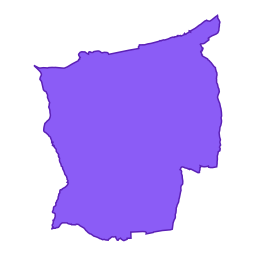 Livezi, Vâlcea, Romania
{"feature_id": "2599482B52258846175967", "entity_name": "Livezi", "entity_type": "district", "adm_level": 2, "iso_a3": "ROU", "parent_name": "Romania", "parent_adm1": "Vâlcea", "projection": "albers", "projection_center": [23.831, 44.84], "detail": "fine", "context": "isolated", "style": "filled", "palette": "violet", "viewbox_px": 256, "rotation_deg": 0, "n_neighbors": 0, "source": "geoboundaries", "source_scale": "gbopen_adm2", "svg_char_len": 5664}
<svg xmlns="http://www.w3.org/2000/svg" viewBox="0 0 256 256"><path d="M216.7,166.8L217.1,163.7L217.1,161.8L217.4,159.3L217.3,155.9L217.8,154.4L218.3,151.7L219.9,150.7L219.7,150.1L220.0,149.8L220.2,148.8L220.0,148.1L219.6,147.5L219.5,147.1L219.9,146.1L220.6,145.1L219.8,142.1L220.0,141.2L220.3,140.5L220.4,139.6L219.6,137.0L219.1,132.7L219.7,130.4L220.0,127.2L220.8,125.4L221.5,122.0L221.5,120.3L221.1,118.2L221.1,117.5L221.6,116.0L221.4,112.1L220.9,108.6L220.4,106.9L219.7,103.4L218.8,101.3L217.6,97.8L217.6,96.7L217.9,95.5L219.3,91.8L218.9,89.0L218.1,87.3L217.5,84.2L216.8,83.0L216.6,82.5L216.6,79.2L216.4,78.3L216.6,77.5L216.6,76.7L217.0,75.0L216.8,72.7L216.2,71.5L215.8,69.8L215.6,69.3L215.4,68.0L215.4,67.6L214.0,66.5L211.2,62.8L209.6,61.2L209.4,60.8L207.8,59.6L207.6,58.9L202.4,56.0L201.9,55.1L202.2,54.9L201.7,54.4L201.8,54.2L201.4,53.1L201.4,52.7L201.0,52.4L201.0,51.9L200.7,51.8L200.7,51.6L200.9,51.2L201.9,51.0L202.3,50.7L202.0,50.0L202.7,49.3L202.3,48.8L203.0,48.2L202.9,48.0L202.0,47.5L200.3,44.3L200.7,43.9L203.7,43.6L205.6,42.5L206.0,42.0L207.2,41.2L208.9,39.9L208.8,39.4L208.3,38.9L208.8,38.4L208.5,38.0L208.5,37.9L212.0,35.8L216.0,34.1L216.9,33.5L218.0,32.6L218.1,31.9L218.8,30.7L219.0,28.0L219.4,25.6L219.3,24.7L219.9,22.1L218.8,19.7L218.3,19.1L217.7,17.9L217.7,16.4L217.5,15.4L216.6,16.1L215.8,16.6L211.6,20.0L209.7,21.2L208.0,20.9L207.2,20.7L206.7,20.2L205.6,20.8L204.9,21.0L200.4,24.6L199.4,25.1L195.2,28.3L191.1,30.6L190.7,31.0L190.0,30.9L190.4,31.3L190.2,31.6L190.6,31.8L190.6,32.2L189.1,31.6L188.7,32.4L185.9,33.9L185.8,34.4L185.6,34.4L185.4,34.1L184.5,34.5L184.4,33.6L184.2,33.8L184.2,34.3L184.0,34.7L181.2,36.0L180.8,36.0L180.5,35.5L178.0,36.0L177.9,35.5L177.4,35.6L177.3,36.4L176.4,36.5L176.1,36.7L175.4,36.8L175.0,36.7L174.4,37.3L174.0,37.0L173.4,37.3L172.7,37.1L170.4,37.8L169.6,38.3L167.6,39.1L164.7,40.0L163.4,39.9L161.2,40.6L160.9,40.9L160.0,40.6L159.1,41.2L158.2,41.5L151.0,43.4L147.8,43.9L144.6,44.8L139.4,44.9L139.2,45.8L138.4,47.0L138.8,48.5L129.0,50.2L108.9,54.3L108.7,54.3L108.5,53.7L108.2,53.2L107.1,52.5L104.4,52.3L102.1,52.8L100.8,52.3L100.1,51.6L98.8,51.0L97.5,51.0L94.3,51.5L93.8,51.6L93.1,52.3L92.4,52.5L90.6,52.3L90.3,51.9L89.2,51.8L88.7,52.5L88.6,53.1L88.3,53.3L88.4,54.1L86.9,53.4L84.9,51.9L82.7,51.9L82.0,51.7L80.2,52.3L78.7,54.1L78.6,54.4L78.8,55.5L80.2,57.6L79.4,58.2L79.6,59.2L78.6,59.7L78.5,60.3L78.3,60.7L72.3,63.9L67.3,66.9L64.2,68.2L55.3,67.4L54.2,67.5L52.2,67.4L48.6,67.6L47.5,68.0L45.7,67.8L43.3,67.7L39.8,68.1L38.4,67.7L34.5,65.7L34.4,65.9L35.1,66.7L36.9,68.3L39.0,70.4L40.3,71.8L41.3,73.7L41.4,74.5L41.3,75.3L40.4,77.0L39.9,79.1L40.0,79.5L41.2,81.0L41.7,82.1L43.4,89.7L44.4,90.9L46.0,91.7L46.5,92.5L46.7,93.2L47.2,94.0L47.6,95.1L47.5,96.4L47.5,97.6L48.4,99.6L48.6,100.6L49.3,101.7L49.7,102.9L49.3,103.6L49.2,105.3L48.7,107.0L49.6,109.3L49.9,110.7L50.0,112.7L50.3,114.2L50.4,115.4L50.1,117.2L49.3,119.1L48.7,119.8L47.1,121.1L46.1,122.3L44.9,123.4L44.0,127.2L43.7,129.9L43.8,131.0L44.6,132.0L45.7,132.6L48.2,134.8L49.0,136.1L49.8,136.5L50.5,137.4L50.7,138.3L51.5,140.1L51.7,141.2L51.7,141.7L52.0,141.9L51.8,142.5L52.9,142.4L52.4,143.6L52.7,144.5L53.2,145.2L52.7,145.4L53.5,146.1L53.5,145.5L53.7,145.4L53.9,145.5L54.2,146.1L54.5,147.5L55.3,148.2L56.2,149.4L56.3,151.4L58.6,154.4L58.4,155.3L58.6,156.0L58.5,156.6L58.9,156.9L58.9,157.4L59.3,157.7L59.6,158.3L59.4,160.0L59.7,161.5L60.1,162.5L60.8,163.7L60.9,164.3L61.2,165.1L61.2,166.0L62.5,167.0L62.7,168.8L63.8,170.9L64.4,172.4L64.8,174.1L66.6,176.6L66.8,177.6L67.1,178.4L67.1,179.5L67.7,180.1L68.0,180.9L67.8,181.4L67.1,182.3L68.0,182.6L68.2,183.2L67.6,184.7L66.7,185.8L65.2,187.2L62.2,188.9L61.6,189.8L60.4,189.8L60.0,190.3L59.8,191.4L59.8,192.9L58.9,193.9L58.7,194.7L58.7,195.5L58.1,197.1L58.2,198.3L57.9,198.8L57.8,199.4L57.0,200.4L56.6,201.3L56.4,202.4L55.8,202.8L55.8,203.7L55.9,204.9L55.8,205.3L55.4,205.9L54.0,206.7L53.6,207.4L53.3,209.7L53.0,210.6L52.5,211.5L52.5,212.1L52.7,212.5L54.4,213.1L55.1,213.8L55.2,214.4L55.1,215.1L55.3,216.0L54.7,218.3L54.1,219.3L53.9,220.2L53.8,220.4L53.3,220.2L53.0,220.3L53.3,221.2L53.1,223.4L52.9,224.0L52.3,224.7L52.2,225.5L52.5,226.4L53.1,227.0L51.9,228.4L51.9,228.8L52.7,228.6L53.6,228.1L54.3,228.3L55.6,228.2L56.7,227.5L57.5,227.6L58.4,227.3L59.3,226.3L60.6,224.1L61.7,223.4L62.2,222.8L67.1,222.9L68.0,223.6L68.5,223.8L70.8,224.3L71.4,224.2L71.6,224.7L75.7,224.8L76.2,224.2L77.1,224.2L78.5,224.5L80.1,225.8L83.8,227.9L85.0,229.2L85.9,230.5L86.5,230.9L88.0,232.5L88.7,232.9L89.4,233.6L91.1,234.1L93.8,236.1L96.1,236.8L98.3,237.7L99.8,238.6L100.8,238.8L102.6,239.7L104.2,239.4L105.5,239.9L108.2,240.2L108.5,239.4L109.9,238.5L110.9,237.6L112.2,236.7L113.2,237.0L115.6,236.7L116.0,238.1L117.3,240.2L118.2,240.2L118.6,239.2L120.6,238.2L121.1,239.0L122.7,240.1L123.9,240.6L127.1,239.3L127.1,238.3L131.0,238.2L130.8,232.1L142.9,231.5L145.3,231.7L145.9,232.1L146.3,232.7L146.1,233.9L153.2,232.5L153.7,232.0L162.4,230.5L170.4,229.8L172.3,229.2L173.1,222.9L174.2,219.8L175.1,218.3L175.4,217.0L175.3,216.3L175.3,214.3L175.9,212.8L176.2,209.7L176.2,208.0L176.8,206.6L177.1,205.2L178.6,202.0L179.0,199.1L179.4,197.8L180.6,191.7L181.0,190.5L180.8,187.8L181.0,186.4L181.4,185.3L182.4,184.5L182.7,183.6L182.8,181.1L182.3,177.9L182.2,175.7L181.4,173.4L181.6,171.3L181.1,170.3L180.2,169.9L180.0,169.6L180.6,168.8L181.0,167.6L182.1,166.8L184.2,167.4L185.0,167.9L186.7,168.2L188.1,168.7L188.3,169.1L189.4,168.9L189.6,169.5L190.0,169.4L190.3,169.0L191.1,169.2L198.0,172.7L199.2,172.6L199.4,172.5L199.2,171.7L199.6,171.0L200.0,169.1L199.9,167.8L200.5,167.4L200.6,167.1L200.2,165.7L203.0,166.7L204.6,166.8L206.9,166.5L208.4,166.1L208.6,167.2L210.5,167.6L212.6,167.6L216.7,166.8Z" fill="#8b5cf6" stroke="#5b21b6" stroke-width="1.5"/></svg>